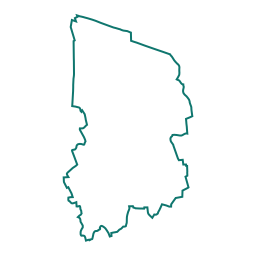 the district of Thi xa Cai Lay, Tiền Giang, Vietnam
{"feature_id": "81297802B17596796998347", "entity_name": "Thi xa Cai Lay", "entity_type": "district", "adm_level": 2, "iso_a3": "VNM", "parent_name": "Vietnam", "parent_adm1": "Tiền Giang", "projection": "equal_earth", "projection_center": [106.133, 10.425], "detail": "fine", "context": "isolated", "style": "outline", "palette": "teal", "viewbox_px": 256, "rotation_deg": 0, "n_neighbors": 0, "source": "geoboundaries", "source_scale": "gbopen_adm2", "svg_char_len": 4613}
<svg xmlns="http://www.w3.org/2000/svg" viewBox="0 0 256 256"><path d="M183.3,84.4L182.8,84.4L182.4,84.3L181.7,83.8L181.1,83.2L180.1,81.7L179.4,80.7L178.6,80.2L177.3,79.7L177.1,79.6L176.7,79.4L177.2,78.6L177.7,77.8L178.6,76.1L179.0,75.3L179.2,74.9L179.3,74.2L179.4,72.8L179.3,71.0L179.3,68.9L179.4,67.9L179.4,67.2L179.2,66.1L178.8,65.3L178.1,64.4L177.1,63.6L176.5,62.9L175.7,62.1L174.2,60.3L172.9,58.2L171.7,56.4L170.6,55.3L170.2,54.4L162.8,51.8L153.7,48.7L144.8,45.6L136.6,42.6L134.3,41.9L131.1,40.8L130.9,32.6L130.1,32.3L127.3,31.1L125.1,30.8L123.6,30.6L122.8,30.4L121.3,29.9L120.4,29.4L118.9,29.0L115.9,28.1L113.5,27.5L108.8,25.8L104.7,24.3L100.6,22.8L95.6,20.8L92.1,19.6L87.4,18.2L85.1,17.6L83.4,17.1L80.9,16.5L79.7,16.3L79.5,16.2L77.0,15.4L77.5,16.8L74.9,18.1L75.3,19.4L76.0,21.4L71.9,20.0L70.7,27.0L74.7,40.4L73.6,41.1L73.7,49.5L73.8,58.2L73.9,61.7L73.9,63.1L74.0,74.0L73.9,75.7L73.8,76.5L73.7,77.3L73.5,78.7L73.2,84.9L73.2,87.3L73.1,91.2L73.0,92.8L72.6,99.9L72.4,103.4L72.2,106.1L75.5,106.6L79.0,107.5L79.6,107.9L80.1,108.6L80.3,109.4L80.5,110.5L80.7,111.1L81.3,111.7L81.4,111.4L81.6,110.9L81.8,110.5L82.1,110.2L84.7,114.2L85.5,118.0L85.8,119.9L87.0,124.8L86.7,125.0L85.6,126.0L84.3,127.4L83.8,127.8L83.1,128.2L82.8,128.3L81.9,128.4L79.9,128.4L79.8,129.3L80.0,130.0L84.0,137.2L85.1,139.8L85.5,141.4L84.9,142.5L84.4,143.9L84.3,144.3L84.1,144.6L83.9,144.7L83.4,144.7L82.3,144.3L81.2,144.0L79.8,143.9L79.0,144.0L78.3,144.2L77.7,144.4L77.3,144.8L76.8,145.4L76.6,145.9L76.4,146.8L76.4,147.1L76.3,147.6L75.9,148.4L75.4,149.0L75.2,149.3L74.5,149.6L73.2,149.8L72.3,150.0L72.1,150.2L72.0,150.7L72.1,151.0L74.6,157.6L77.2,164.6L75.8,165.9L72.7,168.0L70.2,170.3L67.7,172.5L67.0,173.4L66.9,173.8L66.9,174.1L67.0,174.5L67.2,175.0L68.4,177.1L64.0,177.4L63.7,177.4L63.9,181.7L64.0,182.2L66.9,187.9L68.3,187.2L71.5,193.4L72.7,197.1L70.3,197.2L68.4,197.6L68.3,199.4L68.4,200.2L68.6,200.7L69.7,201.3L70.9,202.7L71.9,203.3L73.0,203.3L75.3,202.6L76.3,202.2L76.6,206.4L77.5,206.5L78.0,206.4L78.5,206.3L79.0,206.1L79.4,206.0L79.7,206.1L80.0,206.3L80.1,206.7L80.2,207.3L80.3,207.7L80.4,209.1L81.2,210.8L81.3,211.4L81.3,212.1L81.4,212.6L81.6,213.4L80.8,214.7L79.4,215.6L77.9,217.1L79.2,217.7L79.4,217.8L79.7,218.2L80.0,218.6L80.2,219.1L80.3,219.5L80.4,220.1L80.5,220.8L80.5,221.4L80.6,221.8L81.0,222.5L81.5,223.3L82.5,225.1L82.7,225.5L82.8,226.0L82.7,227.6L82.0,228.5L81.0,230.6L80.7,231.5L80.6,232.6L80.6,233.4L80.7,234.6L81.1,235.4L81.4,235.7L81.8,235.7L82.2,235.7L82.7,235.5L83.7,235.7L84.0,235.8L84.4,236.0L84.8,236.5L85.3,237.8L85.8,240.0L86.0,240.6L86.7,240.3L87.1,240.2L88.4,239.8L89.3,239.7L89.5,240.2L90.2,239.9L90.5,239.6L90.9,239.3L91.2,239.3L91.8,239.2L92.2,239.0L92.4,238.5L92.5,238.1L92.8,236.8L93.2,234.9L93.4,233.8L93.6,233.2L94.0,232.5L94.3,231.9L94.8,231.4L95.3,231.1L96.1,231.0L96.7,231.0L97.6,230.8L98.1,230.4L98.4,230.0L99.0,229.7L99.5,229.6L99.9,229.3L100.1,228.9L100.1,228.5L99.9,228.0L99.9,227.6L100.0,227.3L100.7,226.2L101.2,226.0L101.7,225.9L102.7,226.3L104.3,227.4L105.4,228.4L106.8,230.4L108.5,233.1L109.8,236.5L111.5,236.0L111.3,233.0L113.0,232.6L115.4,232.2L117.3,231.8L119.3,229.7L121.3,228.6L123.2,226.6L124.7,226.6L125.8,226.2L126.1,225.0L126.5,223.5L126.7,223.0L126.8,220.9L126.8,219.8L126.9,217.1L127.1,215.9L127.3,214.9L128.1,212.0L129.0,209.8L129.3,209.0L129.4,208.5L129.4,207.7L129.1,206.3L132.9,206.2L133.4,207.6L134.6,207.8L135.0,208.1L135.5,208.3L139.5,208.5L144.1,208.6L144.3,207.4L147.4,207.4L147.8,211.5L148.0,212.8L148.2,213.4L148.4,213.7L148.6,214.2L148.9,214.5L149.8,215.5L152.3,217.8L154.3,214.5L154.9,214.6L155.8,214.7L156.5,214.5L157.8,213.5L158.0,212.8L158.4,211.7L159.3,210.2L160.8,207.0L162.0,204.3L166.4,205.5L169.2,206.6L171.1,206.6L171.2,204.3L173.4,201.2L175.7,198.0L182.3,196.8L182.5,190.6L183.1,190.3L187.8,187.9L188.5,187.4L185.5,176.7L187.3,175.7L187.3,174.1L187.2,172.8L187.3,171.9L187.1,165.9L186.1,165.8L186.0,164.5L183.3,164.5L182.7,159.8L180.8,160.0L178.9,160.2L177.9,158.4L173.4,145.6L173.2,144.7L172.5,143.7L171.2,141.9L170.8,141.1L170.6,140.4L170.5,139.5L170.4,138.9L170.6,138.0L170.9,137.3L171.3,136.9L171.7,136.5L172.0,136.3L172.2,135.9L172.3,135.6L172.5,135.0L174.2,134.8L176.7,135.0L179.7,135.5L181.5,135.5L182.5,135.1L184.0,134.2L185.1,133.7L186.2,133.4L187.3,133.6L186.9,128.5L186.8,126.9L186.4,123.5L186.3,122.1L186.0,118.9L189.7,117.4L192.3,116.2L191.8,112.6L191.6,111.1L191.4,109.3L191.3,107.2L191.1,106.4L190.3,104.3L189.9,103.1L189.7,102.3L189.6,101.3L189.0,99.6L187.8,97.9L186.5,96.3L184.7,94.7L183.6,93.3L183.2,92.1L183.1,91.6L183.1,90.2L183.4,88.7L183.7,87.5L183.7,86.5L183.4,85.7L183.3,84.4Z" fill="none" stroke="#0f766e" stroke-width="2"/></svg>